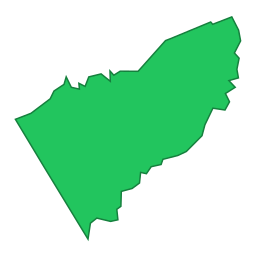 Floyd, Virginia, United States of America
{"feature_id": "52423323B13194007767030", "entity_name": "Floyd", "entity_type": "district", "adm_level": 2, "iso_a3": "USA", "parent_name": "United States of America", "parent_adm1": "Virginia", "projection": "albers", "projection_center": [-80.326, 36.916], "detail": "fine", "context": "isolated", "style": "filled", "palette": "green", "viewbox_px": 256, "rotation_deg": 0, "n_neighbors": 0, "source": "geoboundaries", "source_scale": "gbopen_adm2", "svg_char_len": 747}
<svg xmlns="http://www.w3.org/2000/svg" viewBox="0 0 256 256"><path d="M231.8,16.9L212.7,24.3L210.7,22.0L170.4,38.7L165.5,40.6L138.1,71.3L120.2,71.2L113.8,75.2L110.0,71.0L110.3,81.3L101.1,73.9L88.8,76.9L85.1,86.4L78.9,83.3L79.4,89.1L71.3,87.3L66.2,76.9L64.0,84.4L54.0,91.0L50.2,98.8L31.0,113.3L15.4,119.3L44.0,166.8L88.0,239.1L90.4,223.2L96.8,218.1L110.6,221.4L117.9,219.8L116.8,209.3L120.9,206.3L121.3,191.4L132.1,188.5L139.5,183.0L140.6,172.4L146.4,173.7L151.2,166.7L161.1,164.5L162.9,159.3L177.8,155.5L186.3,151.5L202.0,135.7L204.9,124.8L212.9,108.2L225.0,110.0L229.5,101.8L225.4,93.5L235.2,87.3L228.9,80.6L238.4,77.9L236.9,69.3L239.1,58.2L234.4,53.0L240.6,40.9L238.6,30.2L231.8,16.9Z" fill="#22c55e" stroke="#15803d" stroke-width="1.5"/></svg>